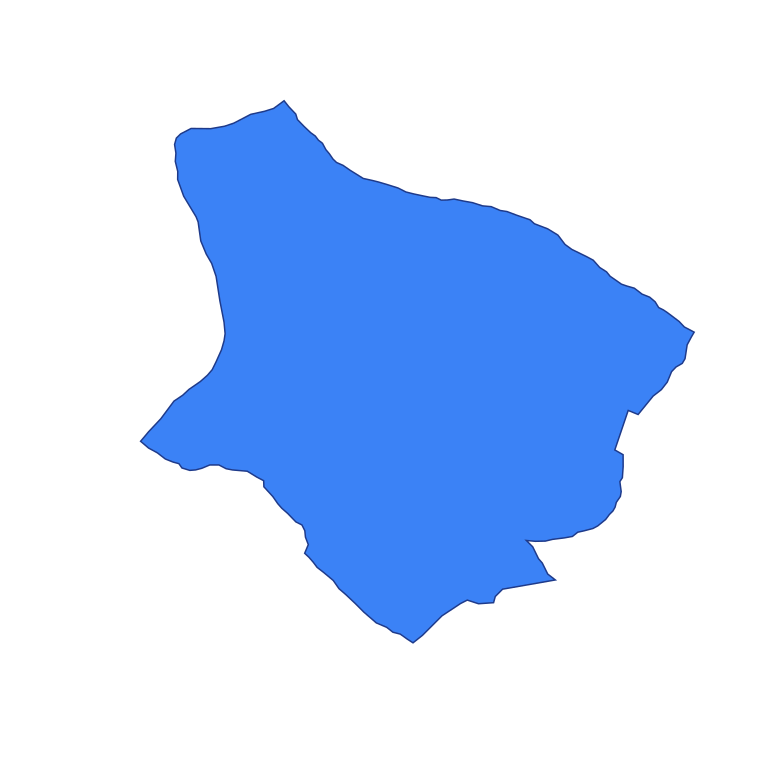 outline of Terra Rica, Paraná, Brazil, rotated 289°
{"feature_id": "56859067B82246536000747", "entity_name": "Terra Rica", "entity_type": "district", "adm_level": 2, "iso_a3": "BRA", "parent_name": "Brazil", "parent_adm1": "Paraná", "projection": "natural_earth1", "projection_center": [-52.68, -22.72], "detail": "fine", "context": "isolated", "style": "filled", "palette": "blue", "viewbox_px": 768, "rotation_deg": 289, "n_neighbors": 0, "source": "geoboundaries", "source_scale": "gbopen_adm2", "svg_char_len": 2391}
<svg xmlns="http://www.w3.org/2000/svg" viewBox="0 0 768 768"><g transform="rotate(289 384 384)"><path d="M278.5,184.3L262.3,177.0L254.7,174.1L250.6,172.5L246.8,182.2L245.1,192.2L241.9,201.6L241.5,209.9L241.9,216.0L238.8,220.3L239.1,228.5L241.4,233.8L245.0,239.2L250.7,245.6L253.7,254.3L252.5,262.3L253.4,268.7L257.0,283.1L254.5,294.4L253.4,301.7L247.7,303.9L241.4,315.5L236.2,322.6L233.2,327.9L230.2,335.2L224.9,345.6L224.0,352.3L219.5,356.9L213.6,359.6L207.5,364.7L198.1,364.1L195.7,369.5L192.4,375.2L188.8,380.5L186.2,388.2L181.7,400.0L175.8,408.1L172.3,416.8L167.1,428.3L161.7,439.3L155.6,454.5L154.8,465.8L152.2,473.2L152.8,480.8L150.4,488.9L148.7,495.7L158.9,502.2L183.7,514.3L201.3,527.8L206.8,533.1L207.0,544.9L212.9,558.8L219.3,558.4L228.6,562.9L254.5,609.8L257.6,600.7L266.3,591.9L269.1,587.0L278.5,577.6L282.4,569.5L284.5,578.2L288.0,587.7L292.0,594.0L297.2,604.6L301.2,611.8L306.9,615.4L310.2,620.8L315.4,628.6L319.4,632.3L328.1,637.7L334.0,639.6L338.5,641.8L342.8,642.6L347.7,642.2L354.6,644.1L359.5,643.3L368.5,638.8L373.0,639.9L383.8,637.0L395.0,633.1L396.8,623.7L438.5,623.5L437.9,634.2L460.2,642.4L469.0,648.1L478.0,651.2L489.3,651.9L495.2,654.6L500.6,659.3L505.9,660.4L519.7,657.9L528.5,659.3L534.0,660.4L535.7,649.4L539.2,642.7L543.7,628.9L545.0,624.1L545.7,618.8L550.0,613.6L552.6,606.9L553.0,598.7L556.1,589.5L555.7,581.8L555.7,576.0L559.5,562.7L562.5,557.9L564.4,550.0L569.2,541.5L570.4,534.0L572.4,517.8L574.9,509.7L581.4,500.0L584.0,488.3L584.3,479.9L584.5,474.0L586.8,468.7L586.8,454.3L587.1,444.1L585.9,437.4L586.6,427.6L584.5,419.1L584.3,408.7L582.8,399.1L581.7,390.1L578.7,384.2L576.5,378.3L577.2,372.6L575.5,366.8L574.6,360.0L573.4,350.3L572.7,342.2L573.9,333.5L573.6,321.7L573.2,313.0L572.7,307.1L571.6,297.4L575.1,282.2L577.4,274.1L578.0,267.0L580.1,262.5L583.8,257.5L586.7,252.7L591.6,247.4L593.2,242.6L596.1,238.3L597.8,232.7L601.5,224.6L605.8,216.1L610.5,212.7L615.2,203.7L619.3,197.3L608.6,189.9L603.0,182.3L595.6,170.2L581.7,157.0L575.8,149.3L569.0,137.0L562.8,118.4L554.3,110.3L548.9,107.6L542.3,108.0L534.5,112.1L526.5,114.2L517.8,119.8L510.2,122.3L496.3,133.5L480.9,151.9L476.7,155.5L459.6,164.2L449.0,173.6L441.9,181.8L431.1,190.2L409.1,201.8L390.4,212.6L379.8,217.4L372.8,218.7L363.5,219.2L350.3,218.0L341.6,216.9L334.8,214.2L326.5,209.5L315.5,201.4L307.8,197.3L299.5,191.0L278.5,184.3Z" fill="#3b82f6" stroke="#1e3a8a" stroke-width="1.5"/></g></svg>